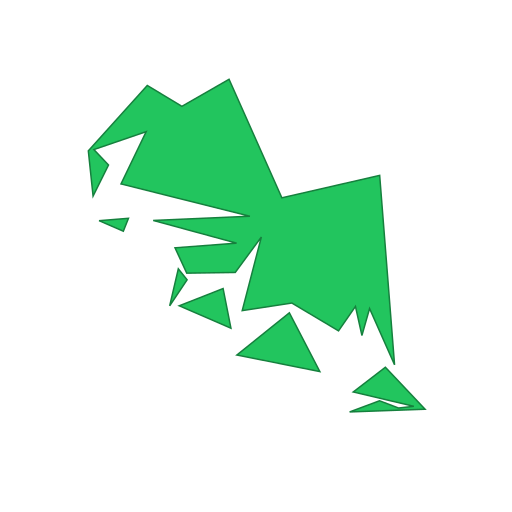 the County of Troms, rotated 254°
{"feature_id": "NOR-900", "entity_name": "Troms", "entity_type": "County", "adm_level": 1, "iso_a3": "NOR", "parent_name": "Norway", "parent_adm1": "", "projection": "albers", "projection_center": [18.955, 69.32], "detail": "coarse", "context": "isolated", "style": "filled", "palette": "green", "viewbox_px": 512, "rotation_deg": 254, "n_neighbors": 0, "source": "natural_earth", "source_scale": "10m", "svg_char_len": 769}
<svg xmlns="http://www.w3.org/2000/svg" viewBox="0 0 512 512"><g transform="rotate(254 256 256)"><path d="M433.3,278.8L304.8,296.9L299.4,397.1L113.2,359.2L174.2,350.7L150.4,335.9L180.1,337.7L161.3,314.7L200.9,277.5L207.3,227.7L272.8,266.4L245.9,231.5L258.6,184.7L286.2,180.4L273.7,240.9L318.5,167.0L295.9,261.1L362.5,146.1L405.8,184.7L403.0,129.5L384.1,139.3L358.5,115.9L403.3,123.8L449.9,198.5L420.3,226.0L433.3,278.8ZM166.1,210.3L192.2,272.4L127.3,285.5L166.1,210.3ZM80.3,303.0L82.8,334.8L70.6,351.1L68.0,366.3L98.5,312.0L113.4,349.7L62.1,376.3L80.3,303.0ZM229.3,168.5L233.8,215.4L193.5,212.0L229.3,168.5ZM231.9,159.3L265.1,177.8L252.1,183.2L231.9,159.3ZM333.2,114.9L327.4,143.8L316.4,135.3L333.2,114.9Z" fill="#22c55e" stroke="#15803d" stroke-width="1.5"/></g></svg>